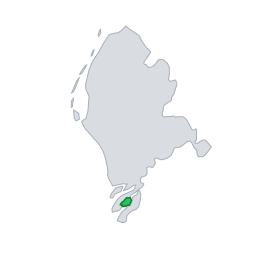 Borsele, Zeeland, Netherlands (highlighted), rotated 305°
{"feature_id": "6326949B66148717783622", "entity_name": "Borsele", "entity_type": "district", "adm_level": 2, "iso_a3": "NLD", "parent_name": "Netherlands", "parent_adm1": "Zeeland", "projection": "natural_earth1", "projection_center": [3.797, 51.429], "detail": "fine", "context": "in_parent", "style": "filled", "palette": "green", "viewbox_px": 256, "rotation_deg": 305, "n_neighbors": 0, "source": "geoboundaries", "source_scale": "gbopen_adm2", "svg_char_len": 3959}
<svg xmlns="http://www.w3.org/2000/svg" viewBox="0 0 256 256"><g transform="rotate(305 128 128)"><path d="M160.3,207.1L155.9,207.0L151.8,206.9L149.6,206.6L147.3,205.7L146.2,204.0L144.9,201.9L145.3,200.6L149.1,197.0L149.7,196.0L149.3,195.5L149.6,193.9L152.5,188.5L152.9,186.3L151.6,184.8L149.6,183.9L143.4,182.3L140.5,180.0L139.1,178.0L137.7,177.5L135.7,178.2L130.5,178.9L126.3,177.8L121.4,174.1L120.2,170.8L119.6,168.2L118.4,167.3L116.7,168.6L114.6,170.7L110.5,171.0L109.3,170.5L109.1,169.3L108.9,168.2L107.7,166.9L106.5,166.1L101.3,169.9L99.3,169.9L96.8,168.5L95.6,167.0L92.9,167.8L90.5,169.6L91.3,173.0L90.0,173.6L87.1,173.3L83.7,171.9L79.9,171.1L74.2,168.8L66.2,170.6L60.7,168.4L56.1,168.2L53.2,166.4L50.1,163.4L52.3,161.4L54.4,160.7L62.9,160.3L69.0,161.5L80.0,168.1L82.8,168.0L85.7,167.2L84.2,165.4L81.5,164.6L77.4,162.8L74.1,160.3L81.8,159.5L80.7,158.3L79.7,156.1L71.6,148.5L73.0,146.4L75.0,142.0L77.5,138.4L79.5,137.4L82.8,134.8L90.0,127.2L94.6,121.0L98.0,113.7L102.8,93.6L104.3,90.1L106.7,86.3L109.7,87.1L111.8,88.1L119.2,85.3L131.8,77.8L135.5,71.4L139.1,68.4L153.6,62.6L161.7,60.8L174.1,60.4L183.0,59.4L193.8,59.0L197.9,62.6L200.3,65.2L204.2,66.7L210.1,67.7L209.9,72.9L210.1,83.2L209.7,85.0L207.1,89.3L204.4,97.1L203.7,102.2L202.9,103.2L191.5,103.2L189.9,104.1L189.7,105.2L190.3,106.5L190.0,107.8L189.2,108.9L189.7,110.6L191.7,112.5L195.3,113.7L199.1,113.8L201.1,113.6L202.6,115.0L204.0,117.1L204.0,119.8L203.5,123.4L201.7,126.7L196.5,130.6L194.2,131.9L192.0,132.6L190.9,133.6L190.5,134.9L190.6,136.1L194.4,139.1L194.3,139.8L193.2,141.4L191.8,143.0L182.2,146.1L178.2,145.9L176.0,147.4L175.3,147.7L172.7,146.3L167.1,144.6L165.0,145.2L163.8,146.1L160.3,147.2L157.8,148.9L157.8,151.1L162.3,156.9L163.9,158.0L164.0,160.2L166.2,162.9L168.5,166.2L168.8,168.4L168.5,170.6L167.4,173.6L163.6,180.9L163.6,182.2L163.9,183.3L165.2,183.6L166.3,184.1L166.0,185.1L158.7,190.1L157.8,191.0L154.7,190.8L154.3,191.6L154.7,192.9L155.9,194.1L158.5,194.8L160.8,196.0L162.6,198.5L160.3,207.1ZM83.7,171.9L83.0,174.0L81.4,176.3L75.6,179.6L69.7,181.8L66.6,181.5L64.5,180.4L63.4,179.2L60.2,178.0L55.8,177.4L53.1,178.7L51.1,179.9L49.4,179.7L48.1,178.7L47.1,177.2L45.9,172.4L49.1,171.5L56.2,171.2L61.7,172.8L68.9,173.7L74.4,171.4L78.7,173.3L83.7,171.9ZM71.7,152.4L75.9,155.4L76.8,156.4L77.1,157.4L71.8,158.6L66.1,154.9L62.3,155.8L60.9,154.0L60.9,152.9L64.8,152.0L71.7,152.4ZM111.7,79.3L107.4,83.1L104.9,82.0L104.1,81.2L105.4,78.1L111.6,73.1L111.7,79.3ZM130.3,62.0L126.3,62.5L124.5,61.7L134.1,59.5L140.1,58.9L141.2,59.2L130.3,62.0ZM156.0,58.0L147.6,58.9L144.7,58.2L144.2,57.6L146.5,57.2L153.7,57.1L155.9,57.7L156.0,58.0ZM121.1,66.3L113.2,70.3L112.5,69.6L117.6,66.1L121.1,66.3ZM190.2,51.3L186.2,51.4L187.3,50.0L191.0,48.9L192.9,48.9L190.2,51.3ZM173.1,55.2L167.2,57.0L165.7,56.6L166.1,56.1L171.3,55.0L173.1,55.2Z" fill="#d9dde1" stroke="#a8b0b8" stroke-width="1"/><path d="M72.3,169.9L71.1,168.5L70.8,168.4L70.7,168.3L70.7,168.2L70.8,168.0L70.8,167.9L70.7,167.9L70.5,167.7L70.4,167.7L70.2,167.6L70.1,167.4L69.9,167.3L70.0,167.3L70.0,167.2L70.1,166.9L69.9,166.8L69.8,166.7L69.7,166.7L69.4,166.7L69.2,166.7L68.9,166.7L68.7,166.7L68.4,166.7L68.1,166.6L67.9,166.5L67.7,166.5L67.4,166.5L67.3,166.4L67.2,166.4L66.9,166.4L66.7,166.4L66.7,166.5L66.4,166.5L66.2,166.5L65.9,166.6L65.7,166.5L65.4,166.5L65.3,166.4L65.2,166.4L65.0,166.2L64.9,166.2L64.7,166.0L64.6,165.9L64.4,165.9L64.2,165.8L64.1,165.7L63.9,165.7L63.7,165.7L63.3,165.7L63.2,165.7L62.9,165.6L62.6,165.6L62.4,165.6L62.2,165.5L61.9,165.5L61.7,165.5L61.3,165.5L61.2,165.5L61.0,166.0L60.9,166.0L61.0,166.2L61.0,166.4L61.0,166.5L61.2,166.8L61.0,167.1L60.8,167.2L60.8,167.3L61.4,167.2L61.5,167.2L61.7,167.3L61.6,167.6L61.5,167.8L61.5,168.0L61.4,168.1L61.2,168.4L60.8,168.6L61.1,168.9L61.4,169.3L61.7,169.6L61.4,169.8L61.5,169.9L61.6,170.0L61.8,170.1L62.0,170.3L62.3,170.5L62.5,170.5L62.6,171.4L64.2,171.6L65.2,173.0L65.6,173.6L68.5,172.9L70.7,172.4L71.2,171.5L72.3,169.9Z" fill="#22c55e" stroke="#15803d" stroke-width="1.5"/></g></svg>